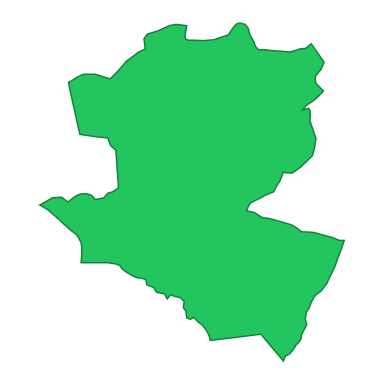 the district of Florânia, Rio Grande do Norte, Brazil
{"feature_id": "56859067B70740339251141", "entity_name": "Florânia", "entity_type": "district", "adm_level": 2, "iso_a3": "BRA", "parent_name": "Brazil", "parent_adm1": "Rio Grande do Norte", "projection": "orthographic", "projection_center": [-36.81, -6.18], "detail": "fine", "context": "isolated", "style": "filled", "palette": "green", "viewbox_px": 384, "rotation_deg": 0, "n_neighbors": 0, "source": "geoboundaries", "source_scale": "gbopen_adm2", "svg_char_len": 2141}
<svg xmlns="http://www.w3.org/2000/svg" viewBox="0 0 384 384"><path d="M301.0,338.8L301.4,334.8L303.6,330.8L306.8,324.4L305.3,319.5L306.4,311.9L309.0,308.4L311.4,301.9L315.2,295.4L321.0,291.1L326.7,283.6L331.5,273.7L335.3,265.5L338.4,256.4L341.1,249.9L344.2,240.5L339.0,240.3L332.8,237.7L313.4,232.4L301.4,231.7L297.5,228.4L291.7,224.9L271.7,219.1L267.2,218.2L262.9,217.8L258.4,215.2L254.5,212.5L246.4,210.8L248.3,206.5L250.7,202.8L256.0,200.1L260.9,197.8L265.2,195.2L273.7,191.8L277.1,185.0L279.5,181.8L281.2,177.9L283.1,172.4L287.5,172.9L292.4,173.0L300.8,166.9L312.4,155.7L314.3,149.1L316.0,138.4L314.3,133.9L313.4,130.5L311.9,126.7L309.9,120.8L310.4,114.9L310.2,111.4L308.7,108.3L302.6,110.0L306.3,105.4L310.2,102.8L313.8,100.4L319.2,95.5L323.5,90.9L320.3,87.9L316.0,83.4L315.1,79.5L315.6,75.9L321.2,69.2L324.1,62.2L317.3,52.4L313.6,47.2L311.2,43.8L305.6,48.4L300.3,48.8L297.1,49.9L290.2,52.0L281.4,51.3L273.0,50.7L263.4,49.6L258.8,49.9L255.4,46.4L253.9,41.7L249.7,34.5L248.3,28.5L245.1,24.4L239.9,23.0L236.5,24.0L233.7,26.9L228.3,34.9L213.5,39.8L203.4,40.6L192.9,40.2L188.3,40.3L185.3,38.7L185.1,35.1L186.7,25.7L176.3,24.4L169.8,25.5L162.3,28.9L158.3,30.8L147.5,34.0L144.0,38.7L145.2,49.0L138.9,51.9L126.5,61.2L118.5,70.5L110.2,78.9L94.9,74.2L83.8,74.2L78.4,76.5L71.7,80.7L68.5,82.5L69.5,87.9L79.9,134.4L94.3,136.5L107.7,138.0L110.8,145.7L115.9,150.2L117.2,169.8L118.5,187.9L112.7,191.8L107.7,193.3L103.9,197.8L95.3,199.6L91.7,195.5L87.4,193.9L83.1,193.7L78.6,194.6L74.3,197.1L67.8,202.0L61.6,197.2L52.5,197.8L39.8,205.0L48.0,209.8L59.7,220.0L63.5,223.8L71.0,230.4L76.9,234.9L81.0,242.4L81.8,246.8L81.7,255.6L81.1,262.7L107.6,262.7L116.2,264.0L120.0,265.5L122.1,269.0L126.9,272.5L133.4,276.3L138.3,278.1L141.9,278.0L146.0,280.0L146.9,284.9L153.7,287.5L156.3,292.1L160.6,293.2L164.5,293.7L167.2,298.9L170.5,294.8L175.2,296.5L180.4,297.7L184.1,301.3L183.4,307.9L185.8,310.9L186.8,317.9L190.3,319.3L193.9,317.4L198.0,321.8L202.5,325.2L206.9,331.2L209.1,335.7L210.3,340.4L231.4,337.9L260.8,334.2L283.4,361.0L285.3,356.2L290.0,353.6L293.6,349.0L296.1,344.9L299.0,342.3L301.0,338.8Z" fill="#22c55e" stroke="#15803d" stroke-width="1.5"/></svg>